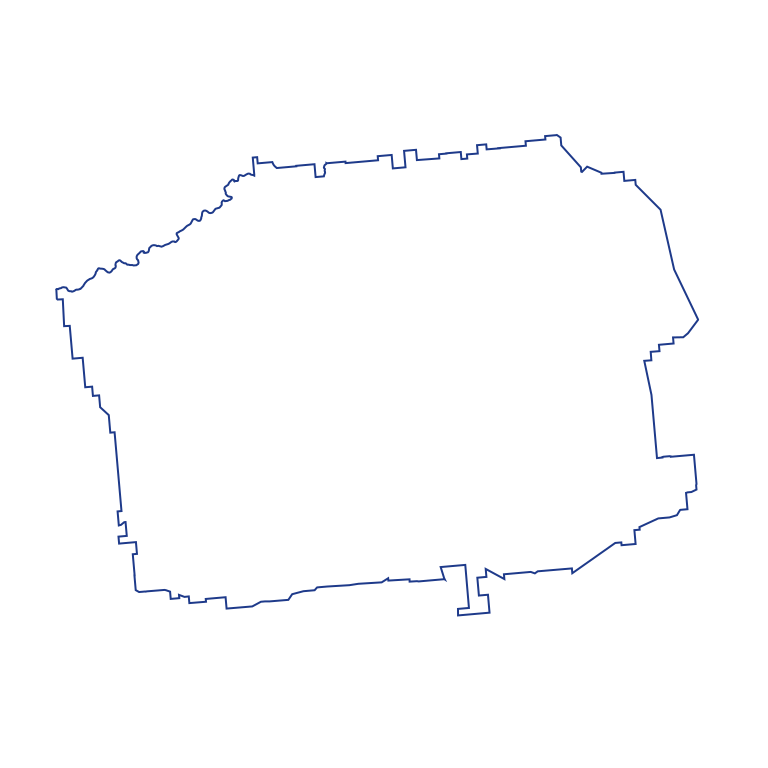 the district of Cuballing, Western Australia, Australia, rotated 355°
{"feature_id": "25037944B92991223821328", "entity_name": "Cuballing", "entity_type": "district", "adm_level": 2, "iso_a3": "AUS", "parent_name": "Australia", "parent_adm1": "Western Australia", "projection": "mercator", "projection_center": [117.035, -32.74], "detail": "fine", "context": "isolated", "style": "outline", "palette": "blue", "viewbox_px": 768, "rotation_deg": 355, "n_neighbors": 0, "source": "geoboundaries", "source_scale": "gbopen_adm2", "svg_char_len": 6066}
<svg xmlns="http://www.w3.org/2000/svg" viewBox="0 0 768 768"><g transform="rotate(355 384 384)"><path d="M111.4,408.6L111.4,487.7L107.5,487.7L107.5,501.8L109.7,501.4L113.2,499.0L114.5,499.0L114.5,512.9L106.2,512.9L106.2,519.9L123.1,519.9L123.1,531.7L118.9,531.7L118.9,552.9L118.7,552.9L118.7,567.7L121.9,569.9L128.1,569.9L128.6,570.1L129.5,569.9L147.4,570.0L148.8,570.4L152.8,572.2L152.8,579.5L161.4,579.5L161.4,576.2L166.7,578.7L171.0,578.6L171.0,585.3L187.7,585.4L187.7,582.6L207.6,582.6L207.6,594.0L233.4,594.1L242.4,590.2L246.3,590.2L251.3,590.6L269.9,590.7L274.2,585.4L285.7,583.4L296.9,583.4L299.5,580.9L299.8,580.8L309.8,580.8L332.0,581.4L341.0,580.8L364.4,581.4L371.2,577.9L371.2,580.2L392.4,580.8L392.3,583.1L399.7,583.3L401.3,583.7L427.1,583.7L427.5,584.0L427.0,582.7L424.5,571.3L449.2,571.3L449.1,614.5L438.1,614.5L437.6,621.0L469.2,621.0L469.2,603.0L460.1,603.0L460.1,585.1L469.2,585.1L469.2,577.1L486.9,588.8L486.9,584.0L513.8,584.0L517.8,585.8L520.8,584.0L555.1,584.1L555.1,588.9L600.5,562.5L606.6,562.5L606.6,565.3L620.7,565.3L620.7,551.4L626.0,551.4L626.0,548.8L645.5,541.8L656.8,541.8L664.4,540.2L667.9,535.4L668.3,535.2L675.4,535.2L675.4,518.8L677.1,518.4L680.8,518.4L686.1,516.4L686.1,512.3L686.4,511.1L686.6,510.9L686.6,481.5L663.4,481.5L663.4,481.1L662.2,480.8L656.2,480.8L655.0,481.0L655.0,481.5L649.5,481.6L649.5,418.2L645.3,383.6L652.4,383.7L652.5,375.2L661.3,375.3L661.3,368.9L676.0,368.9L676.0,362.8L686.2,363.5L691.3,359.9L702.4,347.5L702.5,347.1L683.0,295.2L674.7,234.5L652.1,207.5L652.1,202.6L641.1,202.6L641.1,193.5L632.2,193.5L632.1,193.8L619.0,193.5L619.0,192.5L605.3,185.2L599.7,190.0L599.0,189.6L599.0,185.3L581.4,161.8L581.4,153.9L577.9,151.0L577.6,151.1L566.1,151.1L566.1,154.5L546.1,154.5L546.1,159.0L519.0,159.0L519.2,159.3L506.7,159.2L506.7,154.2L497.5,154.2L497.5,162.6L486.6,162.5L486.6,166.7L480.7,166.7L480.7,159.6L466.2,159.6L466.2,159.9L458.8,159.9L458.8,164.1L436.3,163.8L436.3,153.5L424.3,153.5L424.3,170.0L411.6,170.0L411.6,156.5L397.6,156.5L397.6,160.6L365.0,160.6L365.0,159.1L346.2,159.1L345.9,158.9L345.9,159.3L345.8,159.5L345.2,160.0L344.5,160.4L343.9,160.9L343.4,161.9L343.2,162.6L343.0,163.0L343.1,163.6L343.3,163.8L343.7,164.5L343.9,164.7L343.5,166.3L343.5,166.8L343.7,167.3L343.7,168.2L343.7,168.6L343.5,168.8L343.3,169.2L342.5,170.9L342.3,171.5L342.2,171.9L333.9,171.9L333.9,159.0L315.6,159.0L315.6,159.5L296.0,159.5L294.1,157.5L293.4,156.5L292.8,155.3L292.4,154.2L292.1,153.2L291.0,153.2L277.4,153.2L277.4,147.0L273.0,147.0L273.0,164.3L272.9,165.1L271.7,164.4L270.5,164.1L269.3,163.6L268.9,163.0L268.8,162.9L267.6,162.6L266.9,162.6L266.0,162.9L264.8,163.4L262.9,164.4L262.3,164.5L261.4,164.4L260.0,163.7L258.7,163.3L258.3,163.4L257.9,163.6L257.5,164.3L256.7,166.4L256.4,168.4L256.2,168.7L255.8,168.9L255.5,169.0L253.7,168.8L252.7,169.2L252.4,168.8L252.5,168.2L252.3,167.9L252.0,167.5L251.3,167.2L250.7,167.1L250.2,167.4L249.8,167.9L249.0,168.3L247.4,169.8L246.6,171.0L246.5,171.3L246.2,171.9L243.0,173.7L242.4,174.3L242.2,174.9L242.0,175.6L242.1,176.4L242.6,177.4L242.6,178.0L243.1,179.4L242.9,180.5L243.0,180.9L243.3,181.5L244.5,183.1L245.1,183.5L248.0,184.3L248.5,184.6L248.6,184.8L248.6,185.1L248.5,185.6L248.3,186.0L247.6,186.4L246.9,187.0L245.8,187.2L244.1,187.9L241.5,188.0L240.3,187.0L240.0,187.0L239.5,187.3L238.5,188.2L238.2,188.9L238.0,189.3L238.1,190.5L237.8,191.7L235.8,193.7L235.4,194.0L231.7,194.7L231.3,194.9L228.5,198.0L228.0,198.3L226.5,198.6L225.8,198.6L225.1,198.4L224.6,198.2L224.1,197.8L223.2,196.8L222.3,196.2L221.5,195.7L220.8,195.6L219.8,195.6L218.5,196.4L218.0,197.1L217.7,198.0L217.3,200.1L217.0,201.1L216.5,202.0L216.3,203.3L215.4,204.8L214.8,205.3L213.9,205.4L213.1,205.2L212.5,204.9L210.7,203.4L210.0,203.2L209.2,203.2L208.2,203.3L207.7,203.8L205.5,207.2L205.1,207.6L204.2,208.2L201.8,209.2L200.9,209.8L197.5,212.6L196.1,213.3L193.7,214.2L193.0,214.7L191.0,215.5L190.7,215.7L190.5,216.4L190.5,216.8L190.8,217.5L192.2,220.7L192.2,221.1L191.9,221.8L191.5,222.2L190.0,223.7L189.3,224.2L188.6,224.4L188.3,224.4L187.9,224.2L187.4,223.7L186.1,223.6L185.5,223.6L184.3,224.1L182.5,225.2L181.3,225.7L178.1,226.4L175.9,227.4L174.3,227.8L173.6,227.5L172.9,227.3L171.4,226.7L170.2,226.8L169.8,226.8L169.2,226.3L168.5,226.0L166.9,225.6L165.7,225.7L164.4,226.1L163.2,227.2L162.3,227.8L161.9,228.5L161.4,230.5L161.1,231.2L160.8,231.7L160.3,232.2L159.6,232.3L158.9,232.5L157.2,232.6L156.4,232.4L156.1,232.2L156.3,231.5L156.4,231.3L155.9,230.7L155.3,230.6L154.1,230.7L153.6,230.7L153.1,231.0L151.8,232.2L149.7,233.8L148.9,235.0L148.6,235.9L148.6,237.4L148.8,237.9L149.1,238.5L149.6,238.9L149.7,239.2L150.0,240.2L149.9,240.7L150.1,241.5L150.0,241.9L149.7,242.7L149.5,243.0L147.6,244.1L145.0,244.1L143.4,243.5L142.4,243.5L141.1,243.3L140.6,243.1L140.2,242.9L139.0,242.8L138.6,242.7L137.4,241.4L137.0,241.2L135.9,241.1L135.4,240.9L135.1,240.7L134.3,240.1L133.4,239.6L132.4,238.4L132.0,238.0L131.4,237.7L130.5,237.8L129.1,238.8L128.3,239.1L127.6,239.6L127.4,240.0L126.9,241.6L126.8,242.2L127.1,243.0L127.0,243.5L126.8,244.2L126.5,244.8L125.5,245.5L124.5,245.7L124.2,246.0L123.8,246.2L123.4,246.7L123.1,247.0L122.7,247.6L121.9,248.3L121.2,248.8L120.3,249.1L119.9,249.1L119.6,248.9L118.5,248.6L116.2,246.3L115.7,245.6L114.8,245.0L113.3,244.6L111.3,244.3L110.9,244.2L110.6,244.0L109.7,243.9L109.2,244.2L108.8,244.9L108.3,245.5L108.3,245.8L107.0,247.1L106.6,247.7L106.5,248.4L106.2,249.1L105.4,250.4L104.2,251.9L102.8,253.0L101.2,253.5L99.8,253.8L99.3,254.2L98.0,254.8L97.3,255.2L95.0,257.3L93.4,259.4L93.0,260.1L89.9,262.8L89.5,262.7L88.4,263.2L86.7,263.3L86.0,263.2L85.0,263.4L84.9,263.5L83.7,264.2L81.8,264.8L81.4,264.8L80.9,264.7L80.6,264.4L78.7,264.1L78.1,263.8L77.7,263.6L77.5,263.4L76.7,261.8L76.5,261.3L75.8,260.3L73.9,259.8L72.8,259.6L71.2,259.9L70.9,260.2L70.3,260.4L68.8,260.5L68.5,260.7L67.9,261.1L67.5,261.0L66.9,260.9L66.7,261.0L66.2,260.9L65.7,261.3L65.8,261.8L65.5,270.6L66.2,271.4L71.4,271.6L70.4,298.5L76.0,298.7L76.0,331.6L86.1,331.6L86.1,361.2L93.0,361.2L93.0,370.5L99.2,370.5L99.2,382.4L107.1,391.0L107.1,408.6L111.4,408.6Z" fill="none" stroke="#1e3a8a" stroke-width="2"/></g></svg>